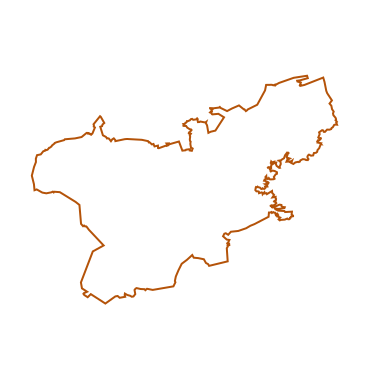 Jerécuaro, Guanajuato, Mexico (Equal Earth projection), rotated 260°
{"feature_id": "50627088B81849957139001", "entity_name": "Jerécuaro", "entity_type": "district", "adm_level": 2, "iso_a3": "MEX", "parent_name": "Mexico", "parent_adm1": "Guanajuato", "projection": "equal_earth", "projection_center": [-100.511, 20.185], "detail": "fine", "context": "isolated", "style": "outline", "palette": "amber", "viewbox_px": 384, "rotation_deg": 260, "n_neighbors": 0, "source": "geoboundaries", "source_scale": "gbopen_adm2", "svg_char_len": 6095}
<svg xmlns="http://www.w3.org/2000/svg" viewBox="0 0 384 384"><g transform="rotate(260 192 192)"><path d="M116.2,66.9L112.0,71.4L111.1,67.9L110.6,67.4L109.3,68.0L106.5,71.0L109.0,74.6L97.2,87.3L102.5,98.4L102.5,100.7L100.4,102.4L100.4,108.0L102.2,107.8L103.6,108.3L101.8,110.4L100.6,113.0L99.3,114.5L99.3,116.2L101.3,118.4L105.5,118.4L106.6,119.6L107.0,120.7L105.4,124.5L104.5,128.4L103.4,129.0L104.5,130.9L102.4,136.3L102.3,157.3L106.0,160.0L107.3,159.7L111.6,161.4L117.3,165.1L123.1,169.4L126.1,175.3L129.9,181.3L127.0,182.3L125.8,186.7L123.7,192.0L119.7,193.4L118.1,195.4L116.3,196.0L117.5,215.1L130.6,216.5L132.0,217.7L133.0,217.7L133.2,219.5L134.7,219.6L135.1,219.3L134.9,217.1L136.1,218.9L138.3,220.5L139.1,218.0L143.0,214.9L145.3,216.6L145.5,218.1L143.6,220.2L146.1,223.4L145.6,230.8L146.9,239.0L148.6,243.6L149.5,247.8L154.3,263.1L158.4,264.2L158.2,265.4L158.5,266.8L157.5,267.1L158.0,268.6L157.6,268.9L157.2,270.2L155.3,270.5L156.0,272.1L155.5,272.4L153.9,271.1L153.6,271.4L153.8,272.4L153.1,272.1L153.0,272.9L152.4,272.9L151.5,274.4L150.0,272.5L148.8,273.5L149.1,274.7L148.7,278.6L149.3,281.2L148.5,281.9L148.3,282.9L148.5,283.5L149.5,283.9L149.5,284.6L150.5,285.1L150.6,287.3L151.2,287.4L152.5,286.2L155.3,287.0L156.1,280.2L157.2,279.7L158.7,273.6L160.6,271.1L161.1,270.9L161.1,271.4L160.3,274.3L160.1,280.2L160.9,280.7L161.6,278.5L162.6,277.7L163.7,277.8L164.3,276.2L164.2,275.1L163.2,271.7L162.8,268.5L163.2,268.0L164.4,267.7L164.7,266.3L165.1,268.4L164.4,269.4L165.5,272.0L166.4,273.1L167.3,272.8L168.4,271.2L169.0,271.7L169.2,273.1L170.6,273.6L171.5,273.2L172.7,273.5L172.7,270.3L174.9,272.3L177.2,270.8L179.1,271.0L176.9,265.4L177.9,265.1L177.9,263.5L179.2,263.3L177.5,261.2L179.0,261.2L179.5,260.6L179.2,257.8L180.7,257.9L181.2,257.1L181.5,255.5L182.1,255.1L182.0,254.5L182.3,255.0L182.9,254.7L185.4,255.6L185.8,255.9L185.4,256.6L185.9,257.5L185.3,257.9L184.6,259.6L183.0,260.7L182.8,261.3L183.4,262.2L182.7,263.0L182.5,263.9L183.4,265.1L184.6,264.9L184.3,267.2L185.6,267.1L187.0,265.5L186.9,268.3L187.8,269.0L188.8,268.3L188.5,267.1L190.2,266.3L190.6,265.0L191.7,265.7L191.5,266.8L192.6,267.3L193.9,267.1L194.7,266.4L194.1,267.4L194.6,267.9L193.5,267.8L191.6,268.9L191.7,269.6L192.3,270.1L191.0,270.8L190.7,271.8L190.4,274.7L190.7,275.6L192.6,275.2L194.9,277.5L195.2,278.8L196.7,279.1L198.3,277.1L199.1,275.1L198.3,272.4L199.1,273.4L200.6,272.7L201.3,274.0L202.0,274.1L201.9,273.1L202.7,271.3L202.6,270.2L203.2,271.6L202.7,273.1L203.5,274.4L206.0,275.1L206.9,274.6L208.3,275.3L207.3,275.9L207.5,277.8L206.7,277.2L206.9,276.4L206.3,276.5L206.5,277.7L205.9,277.4L206.6,279.0L207.1,279.0L206.3,279.4L206.3,280.0L205.1,279.4L203.0,279.9L200.6,282.1L200.6,282.7L201.7,282.3L202.3,283.1L204.2,284.3L206.3,284.4L207.8,283.0L207.8,285.3L208.5,286.4L209.2,288.4L212.0,290.0L214.2,292.4L213.9,292.7L214.1,293.4L213.6,293.8L213.1,293.1L210.0,291.3L208.7,291.7L209.1,292.0L208.0,294.1L206.9,291.2L205.4,290.3L205.2,293.4L204.5,293.4L204.4,293.8L205.5,296.0L203.4,294.8L202.0,296.7L203.2,298.9L203.3,301.9L202.9,302.4L203.2,303.5L204.3,304.2L205.1,306.8L204.5,308.9L203.7,309.8L203.3,311.6L204.2,312.4L205.7,311.7L207.0,311.9L208.1,312.9L208.5,313.7L207.1,315.5L207.0,317.7L209.2,318.8L209.1,320.9L209.8,322.2L211.5,322.9L213.1,324.9L216.6,327.0L216.5,327.5L217.1,327.1L217.6,327.6L218.8,324.5L219.2,324.9L219.9,324.1L221.0,324.9L220.9,326.5L222.2,328.2L222.8,328.1L222.8,326.5L223.7,325.8L226.8,327.8L228.7,327.5L230.3,330.9L229.8,331.9L228.4,332.2L228.1,333.3L230.0,335.9L229.5,338.2L229.8,340.0L230.8,340.6L231.3,341.9L233.4,343.7L233.5,345.1L233.1,346.5L235.4,346.1L235.9,346.9L237.7,345.9L237.9,346.4L238.9,346.5L240.3,346.2L243.0,344.6L244.9,344.5L246.6,345.5L249.2,344.3L252.8,344.2L255.2,342.8L257.9,345.7L265.8,342.3L268.3,341.8L277.5,341.6L281.9,341.1L277.9,321.3L277.7,317.0L278.2,316.7L279.0,317.5L279.2,317.2L280.9,318.2L282.5,315.0L283.3,314.9L283.2,317.7L284.0,325.8L286.5,325.5L286.8,312.0L284.3,296.7L283.2,293.4L282.4,292.4L282.8,291.5L283.2,291.7L283.0,290.5L283.7,289.3L284.6,283.6L279.4,281.6L266.6,271.4L263.6,261.2L263.0,260.6L262.3,259.1L264.3,258.0L264.3,257.5L269.1,253.3L267.3,245.9L265.6,240.6L270.1,234.4L270.7,234.3L271.7,233.7L270.4,234.2L270.7,227.8L271.5,224.4L271.1,224.3L269.6,226.0L269.4,225.5L268.0,225.6L268.1,224.8L267.2,223.6L266.3,224.9L265.3,225.1L264.9,225.5L264.4,231.6L260.0,236.5L248.4,225.7L248.1,220.9L247.4,218.4L255.1,218.4L257.4,217.6L258.7,218.3L258.3,217.5L258.4,216.5L260.0,212.3L259.6,211.6L259.8,210.0L262.0,209.9L262.7,210.3L263.6,209.8L262.9,208.9L262.8,207.8L262.9,205.7L264.0,204.8L263.9,203.5L263.0,202.4L262.5,200.3L262.7,199.4L262.1,199.2L261.3,198.2L261.4,197.6L260.3,196.7L260.4,195.7L259.9,196.0L259.4,195.1L258.6,195.1L258.0,197.7L256.2,198.5L254.1,200.8L253.9,201.8L253.1,202.3L251.6,200.6L251.3,199.6L250.5,199.0L249.9,199.3L249.5,200.9L247.9,199.6L246.8,199.8L244.3,199.0L242.7,198.9L241.9,199.4L239.6,198.7L236.0,198.7L234.7,200.2L232.6,199.0L233.3,197.0L234.4,197.3L234.6,196.6L234.7,193.5L234.2,192.9L234.4,189.7L244.0,187.9L242.9,177.5L243.9,177.7L244.2,175.4L242.1,176.4L241.8,174.8L242.2,174.4L240.9,166.9L241.2,166.2L243.6,166.5L243.4,163.0L246.0,162.4L245.8,160.8L248.5,158.7L248.4,158.0L249.7,157.6L252.1,151.7L255.5,137.2L255.7,134.9L255.4,125.4L256.6,125.4L258.4,124.3L257.7,122.6L256.1,121.0L259.1,119.4L259.7,118.1L259.5,117.6L261.2,116.8L263.3,114.1L272.2,113.0L272.5,114.9L274.0,115.6L275.2,117.6L281.9,115.2L282.6,114.6L275.8,106.8L274.8,107.0L273.5,106.6L272.4,107.6L266.9,104.1L265.9,102.6L266.6,101.7L266.9,101.9L267.5,99.9L268.1,100.2L268.5,98.5L265.3,92.8L265.1,86.0L266.0,75.9L265.3,75.1L264.5,67.1L264.1,65.3L263.7,65.1L262.0,62.0L261.3,61.6L260.2,59.3L260.3,58.9L258.8,57.2L258.5,56.0L259.0,54.9L258.1,54.3L258.0,52.7L255.3,49.6L255.2,45.8L251.9,44.0L248.6,43.5L244.1,40.8L235.9,37.1L227.1,37.7L221.1,37.2L221.5,39.5L217.4,44.5L216.0,48.3L216.1,53.3L216.5,54.9L215.6,55.7L216.2,56.3L214.8,61.8L202.5,75.6L198.8,78.9L179.9,77.2L177.2,78.8L177.7,79.9L176.6,80.8L176.6,81.7L176.1,82.2L172.7,83.9L154.7,95.7L150.7,84.0L122.2,66.9L116.2,66.9Z" fill="none" stroke="#b45309" stroke-width="2"/></g></svg>